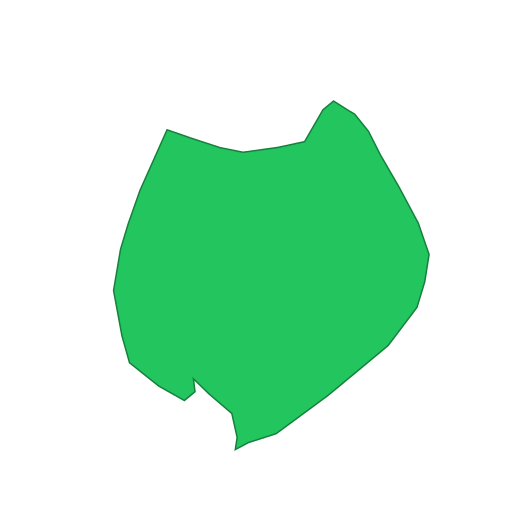 the district of Male', Malé, Maldives, rotated 322°
{"feature_id": "70690204B12193603739109", "entity_name": "Male'", "entity_type": "district", "adm_level": 2, "iso_a3": "MDV", "parent_name": "Maldives", "parent_adm1": "Malé", "projection": "equal_earth", "projection_center": [73.509, 4.176], "detail": "fine", "context": "isolated", "style": "filled", "palette": "green", "viewbox_px": 512, "rotation_deg": 322, "n_neighbors": 0, "source": "geoboundaries", "source_scale": "gbopen_adm2", "svg_char_len": 613}
<svg xmlns="http://www.w3.org/2000/svg" viewBox="0 0 512 512"><g transform="rotate(322 256 256)"><path d="M226.9,410.2L262.4,409.2L305.0,407.9L351.2,395.6L373.0,380.3L393.3,361.4L404.1,330.1L411.2,289.5L416.3,252.8L421.4,227.0L421.1,205.1L418.3,197.9L412.5,181.6L398.8,182.0L364.7,195.8L339.9,183.8L309.7,166.3L294.4,148.5L277.5,123.3L263.6,101.8L205.1,132.8L175.2,151.9L153.5,167.2L122.5,195.5L101.2,236.4L90.6,262.3L99.3,298.7L110.6,325.8L124.4,325.4L131.1,314.2L134.1,336.1L140.0,365.2L129.4,387.4L120.5,395.8L135.0,398.3L162.5,408.4L226.9,410.2Z" fill="#22c55e" stroke="#15803d" stroke-width="1.5"/></g></svg>